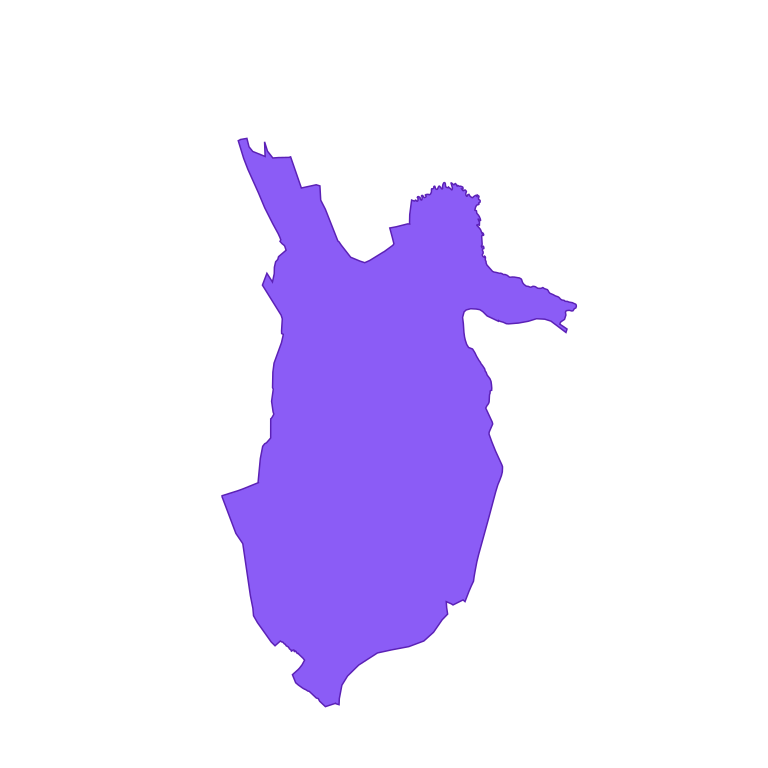 Kuldīga, Kuldigas, Latvia, rotated 68°
{"feature_id": "27541924B54151317600079", "entity_name": "Kuldīga", "entity_type": "district", "adm_level": 2, "iso_a3": "LVA", "parent_name": "Latvia", "parent_adm1": "Kuldigas", "projection": "natural_earth1", "projection_center": [21.956, 56.971], "detail": "fine", "context": "isolated", "style": "filled", "palette": "violet", "viewbox_px": 768, "rotation_deg": 68, "n_neighbors": 0, "source": "geoboundaries", "source_scale": "gbopen_adm2", "svg_char_len": 6146}
<svg xmlns="http://www.w3.org/2000/svg" viewBox="0 0 768 768"><g transform="rotate(68 384 384)"><path d="M426.9,576.0L428.0,576.4L467.1,577.3L478.8,574.8L479.4,574.8L530.3,587.2L542.9,589.6L550.0,591.8L557.9,590.7L581.0,585.2L585.9,583.1L583.5,576.4L584.9,575.4L585.4,574.5L587.7,573.7L588.2,573.1L590.2,572.7L591.5,571.5L592.8,571.0L594.1,570.9L595.9,569.8L596.6,570.0L597.0,569.9L596.6,567.8L597.1,567.1L597.7,566.8L598.2,567.4L598.5,567.3L598.5,566.1L599.1,565.7L599.8,565.8L601.4,565.3L601.4,564.7L601.8,564.3L602.7,564.2L607.7,561.9L610.3,561.1L613.7,565.2L615.8,568.8L616.7,570.8L619.2,577.8L627.9,577.8L631.0,576.2L635.4,573.4L637.2,572.0L637.8,571.3L640.3,569.5L640.9,568.5L649.8,564.4L651.0,562.8L654.0,562.5L661.2,559.2L661.9,548.5L662.4,548.4L664.5,545.8L659.0,543.3L647.5,535.9L641.1,527.2L635.1,512.7L630.9,490.8L633.4,476.3L636.8,459.3L637.2,443.3L632.7,431.0L624.4,418.4L621.2,411.2L614.9,409.7L609.1,407.8L613.1,403.9L614.7,402.8L613.8,391.6L616.1,390.4L608.4,383.2L604.0,378.8L600.4,374.9L596.2,372.5L590.6,369.0L583.6,364.5L577.9,360.4L548.9,338.2L525.9,320.9L520.2,316.3L516.3,312.5L512.9,309.4L509.8,307.2L506.3,305.6L505.1,305.1L503.0,305.0L488.2,305.7L478.1,305.7L469.9,305.4L468.7,304.9L467.7,304.2L461.8,298.2L459.9,297.9L444.4,298.7L442.4,296.3L442.0,295.4L440.7,293.8L439.7,293.1L433.5,290.2L432.4,289.2L430.3,288.2L430.0,287.5L430.2,286.6L428.1,285.6L424.9,284.6L421.7,283.8L418.8,283.8L414.3,285.0L411.3,284.9L410.1,285.3L407.6,285.0L403.7,285.8L401.4,286.5L400.1,286.5L397.7,287.1L392.9,287.8L389.3,288.0L385.1,288.7L384.6,288.9L381.8,291.9L378.2,292.5L373.8,292.2L370.6,291.7L365.9,290.5L357.7,287.8L351.7,286.2L347.1,282.7L346.1,280.0L346.7,275.4L349.1,270.3L351.0,267.3L353.9,265.3L359.5,262.9L368.6,254.5L368.0,254.1L369.4,252.9L371.4,250.3L373.9,248.0L374.9,246.0L377.9,236.4L379.9,226.7L380.6,218.2L384.1,210.7L388.2,205.7L404.4,196.0L401.6,193.7L394.3,198.6L393.0,197.3L392.6,196.6L391.7,192.4L388.2,189.5L385.5,188.9L384.6,188.1L384.4,187.0L385.1,184.6L386.6,182.6L386.9,181.4L385.5,179.3L385.3,177.6L384.1,176.6L382.9,176.2L382.0,176.3L381.1,177.0L380.5,177.7L379.2,178.8L377.2,182.0L376.2,182.9L375.2,185.0L373.9,185.7L372.9,187.4L371.5,188.5L369.5,189.2L368.3,190.0L366.4,192.2L364.7,193.5L362.0,196.2L360.5,196.7L359.0,196.8L357.7,197.2L355.6,199.6L354.2,200.5L354.0,200.9L354.2,201.9L354.0,203.0L353.5,204.2L352.8,205.6L350.5,207.2L349.7,208.3L349.2,209.3L349.3,211.3L349.0,212.2L347.5,213.7L346.6,215.4L344.1,216.9L341.9,217.5L338.7,217.3L337.9,217.5L336.4,218.7L333.7,223.1L332.8,225.1L332.5,226.4L331.9,227.7L329.6,228.9L328.4,230.1L327.7,230.9L327.5,231.8L327.1,232.4L325.8,233.3L325.0,234.3L324.6,235.5L322.7,238.0L321.4,240.1L320.2,241.2L312.2,244.0L310.2,244.0L308.6,243.5L306.9,243.6L304.6,242.5L303.8,242.5L303.3,242.8L304.2,243.5L303.0,244.4L301.5,244.6L300.9,244.4L299.9,243.1L299.2,242.8L298.5,242.6L296.9,242.7L296.3,242.4L295.8,242.0L295.8,240.7L295.2,240.4L294.2,240.2L293.4,240.4L293.3,240.7L294.0,242.1L293.1,242.2L292.4,241.9L291.7,241.0L291.1,240.6L283.6,238.1L283.3,237.9L283.1,237.4L283.4,236.2L283.2,235.8L282.7,235.6L281.6,235.6L281.1,235.8L281.7,236.6L276.8,236.7L275.6,237.0L271.6,238.5L271.4,238.4L271.4,236.6L272.6,236.3L272.6,236.1L269.9,234.9L266.6,235.0L266.5,234.9L268.3,234.0L268.6,233.6L268.5,233.2L267.3,232.9L264.5,232.9L262.8,233.2L260.5,234.0L258.0,233.4L257.7,233.6L257.1,234.5L256.7,234.6L254.2,232.7L253.1,231.4L252.9,230.9L253.0,229.1L252.9,228.7L252.7,228.5L251.8,228.6L251.6,228.2L251.5,227.1L251.2,226.7L250.1,226.2L249.6,226.2L248.2,227.1L247.6,227.0L245.8,225.7L245.2,225.7L243.7,226.7L244.9,227.5L243.5,228.1L243.5,228.9L243.9,230.9L244.4,231.9L244.2,232.5L243.5,233.1L241.7,234.0L240.0,234.2L239.9,234.7L239.9,235.3L241.0,236.6L240.9,237.0L240.0,237.3L238.2,237.0L236.5,235.5L235.4,235.6L234.6,236.0L234.4,236.4L234.5,237.7L234.4,238.2L234.0,238.5L232.2,238.9L232.6,237.6L231.3,237.2L230.8,237.3L229.4,238.7L228.8,240.2L227.5,241.2L227.9,242.0L227.4,242.2L225.5,242.4L224.9,242.7L224.9,243.1L225.4,244.2L225.4,244.6L225.1,244.9L223.0,246.0L222.7,246.4L222.9,246.6L227.9,247.1L229.1,247.9L229.4,248.4L229.0,248.7L227.1,249.5L226.8,249.9L225.5,250.4L225.9,251.1L225.6,251.8L225.0,252.5L224.5,252.7L223.7,252.8L221.3,252.1L220.5,252.1L220.0,252.3L219.8,252.9L220.0,253.5L221.2,254.7L222.7,255.7L224.7,256.4L224.9,256.8L224.6,257.4L221.6,258.3L221.2,258.6L221.2,259.0L221.4,259.4L223.2,261.3L223.4,261.8L223.3,262.2L222.5,262.9L222.0,263.0L220.0,262.8L219.6,262.9L219.5,263.2L219.5,263.6L219.7,263.9L220.5,264.1L221.2,265.2L221.3,265.6L220.9,266.7L221.2,267.0L223.9,268.2L225.3,269.8L225.5,270.5L225.5,271.0L224.7,272.0L224.3,273.1L224.1,274.1L224.3,274.9L225.4,274.6L226.0,274.8L226.3,275.3L226.4,276.0L226.3,276.7L225.8,277.2L224.5,277.3L223.7,277.6L223.4,278.0L223.4,278.4L223.6,278.7L224.8,278.6L226.1,279.1L227.2,279.8L227.5,280.2L227.3,280.6L226.8,280.9L225.9,281.0L224.5,280.7L223.1,281.9L223.0,282.6L223.5,283.2L224.6,282.9L226.4,283.7L226.9,284.2L227.0,284.7L226.9,285.0L225.4,285.7L225.3,286.0L225.8,286.9L225.7,287.4L223.8,289.5L236.6,296.7L244.0,299.9L245.3,300.2L244.4,302.1L242.8,313.8L241.5,320.2L251.4,321.4L257.7,322.3L258.7,323.8L261.4,334.5L261.4,335.1L264.1,350.9L264.3,356.4L261.0,360.3L254.0,367.4L239.3,371.6L235.2,372.5L234.1,373.2L200.0,372.9L189.8,373.8L176.3,369.2L173.9,372.2L171.3,387.2L138.4,385.5L138.3,385.9L138.4,386.9L134.5,397.1L132.8,402.4L124.5,404.8L114.7,404.0L128.5,409.0L119.2,418.6L113.5,420.3L104.9,419.1L103.5,425.7L103.7,426.0L103.8,428.0L122.2,429.6L133.9,429.8L160.1,428.8L175.9,428.6L193.7,427.1L204.9,425.8L209.3,425.6L211.7,425.7L212.8,427.0L215.8,425.9L217.7,424.8L218.9,424.4L223.3,424.7L226.4,434.0L226.6,434.0L227.2,434.7L228.7,435.8L230.1,438.7L234.7,441.9L240.7,444.5L247.6,449.2L237.5,451.1L246.8,459.7L281.6,453.6L285.5,453.9L296.4,459.1L298.9,460.0L300.2,458.8L301.4,459.5L307.3,463.6L323.4,478.1L331.4,482.6L345.6,488.7L347.3,488.6L357.9,494.7L368.4,497.3L370.5,497.4L371.2,498.0L373.0,500.3L373.9,501.8L373.9,502.1L391.6,509.3L394.5,515.0L394.7,517.0L396.3,519.8L406.8,526.6L427.6,537.4L428.4,537.4L428.4,554.9L428.2,559.9L426.9,576.0Z" fill="#8b5cf6" stroke="#5b21b6" stroke-width="1.5"/></g></svg>